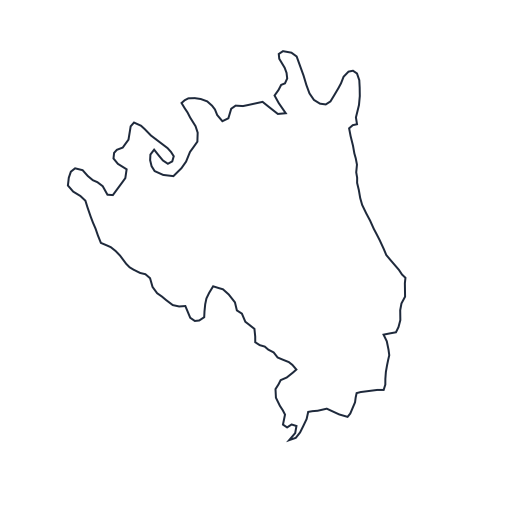 outline of Rolador, Rio Grande do Sul, Brazil, rotated 341°
{"feature_id": "56859067B54223989013555", "entity_name": "Rolador", "entity_type": "district", "adm_level": 2, "iso_a3": "BRA", "parent_name": "Brazil", "parent_adm1": "Rio Grande do Sul", "projection": "natural_earth1", "projection_center": [-54.842, -28.264], "detail": "fine", "context": "isolated", "style": "outline", "palette": "slate", "viewbox_px": 512, "rotation_deg": 341, "n_neighbors": 0, "source": "geoboundaries", "source_scale": "gbopen_adm2", "svg_char_len": 2951}
<svg xmlns="http://www.w3.org/2000/svg" viewBox="0 0 512 512"><g transform="rotate(341 256 256)"><path d="M374.7,227.0L375.4,219.8L377.1,215.0L378.0,209.5L381.2,202.5L382.1,196.2L382.4,191.0L383.6,183.4L384.5,173.3L385.6,165.6L390.1,163.8L394.4,164.3L395.6,157.5L399.1,152.1L402.5,146.8L406.2,138.6L408.8,130.7L410.9,123.4L410.9,116.3L408.0,112.4L403.5,111.8L397.2,115.0L392.6,120.4L388.6,124.1L381.9,129.8L376.7,134.1L371.3,135.4L366.1,132.8L361.6,127.3L359.5,119.7L359.3,110.9L359.7,100.9L359.5,87.9L359.4,80.6L355.7,75.3L348.2,71.1L343.3,72.4L342.2,77.1L344.4,87.4L344.5,92.8L343.3,98.3L339.6,102.2L335.5,102.4L331.4,106.3L325.8,110.3L327.3,118.9L330.6,130.7L322.9,128.8L316.7,119.2L312.4,112.4L297.1,110.6L292.5,110.0L285.7,107.2L280.5,108.7L274.7,116.8L268.1,117.6L265.2,110.1L264.9,104.1L263.4,99.6L260.2,93.9L254.9,89.6L249.5,86.8L243.4,84.9L239.3,85.5L235.4,87.1L236.7,93.1L238.0,98.0L238.8,103.6L241.1,113.6L241.0,120.4L237.8,128.8L231.8,133.1L227.5,136.1L220.6,144.0L214.1,148.7L203.9,153.6L194.6,149.1L187.8,142.7L186.5,137.1L187.1,130.9L189.2,125.7L194.3,122.3L196.8,129.4L199.1,135.4L202.7,140.1L207.6,139.3L210.7,134.9L209.5,129.9L207.5,125.2L195.9,107.9L192.1,99.8L189.7,95.4L184.1,90.1L179.7,92.6L177.4,96.9L173.3,104.5L169.4,107.2L165.3,110.1L159.0,110.3L155.4,112.3L153.0,117.4L155.4,123.9L161.9,131.9L157.8,139.8L153.7,142.7L140.5,151.8L135.5,149.7L133.8,140.1L130.1,134.6L126.4,131.2L123.0,125.6L120.0,118.4L113.5,114.2L108.4,116.0L104.5,121.0L101.1,128.1L104.1,135.6L109.5,142.1L112.7,148.2L112.5,155.1L112.5,164.9L112.7,171.3L113.2,177.9L113.2,185.0L113.6,193.1L118.5,197.5L121.6,200.4L124.9,205.6L127.6,211.4L130.7,221.1L132.8,225.5L135.8,229.1L140.9,234.3L145.5,237.2L148.6,242.5L148.1,251.6L150.4,259.0L153.9,263.8L156.6,268.3L161.3,275.3L166.9,278.7L172.9,280.3L173.7,293.0L177.0,297.5L181.3,298.5L187.1,297.0L189.3,291.5L192.3,285.0L195.3,280.0L199.8,275.5L205.6,270.7L210.2,274.1L213.9,276.7L217.7,283.5L221.0,293.0L220.2,301.2L223.9,305.9L224.5,314.7L230.8,324.4L229.0,332.0L227.2,337.3L230.5,341.5L234.8,344.5L237.1,348.5L241.3,352.9L243.4,359.0L247.3,362.5L252.5,367.0L255.0,370.9L257.2,376.5L253.1,378.2L245.5,380.9L238.9,381.4L235.5,384.7L231.1,388.2L228.7,396.5L229.8,405.4L231.1,410.6L231.8,415.4L226.6,424.2L229.6,428.2L234.8,426.9L238.9,429.9L235.4,436.2L227.4,440.9L234.4,440.9L240.2,437.2L245.1,432.4L250.8,426.6L254.6,420.4L258.9,421.1L263.9,422.4L273.2,423.4L283.1,432.9L290.2,437.9L293.8,435.7L302.0,426.6L304.2,422.2L306.5,418.4L310.6,418.7L327.0,422.1L333.1,424.2L336.4,419.7L338.3,414.3L341.1,407.8L344.5,401.7L347.3,397.0L349.7,393.2L350.8,387.7L351.9,379.2L351.0,371.9L357.0,372.7L363.5,373.7L367.6,369.6L371.6,363.6L374.7,354.2L378.1,348.2L383.7,343.0L387.9,330.2L390.2,325.3L388.0,321.0L386.6,315.6L384.3,309.8L382.1,304.3L379.5,297.5L379.1,291.2L378.1,281.3L377.1,274.3L376.2,268.6L375.4,259.7L374.1,251.5L373.0,242.2L373.4,235.1L374.7,227.0Z" fill="none" stroke="#1e293b" stroke-width="2"/></g></svg>